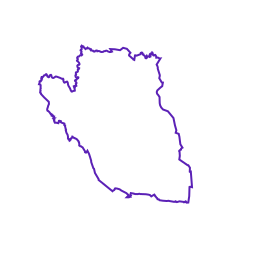 the district of Cutzamala de Pinzón, Guerrero, Mexico, rotated 331°
{"feature_id": "50627088B53912122145635", "entity_name": "Cutzamala de Pinzón", "entity_type": "district", "adm_level": 2, "iso_a3": "MEX", "parent_name": "Mexico", "parent_adm1": "Guerrero", "projection": "natural_earth1", "projection_center": [-100.648, 18.642], "detail": "fine", "context": "isolated", "style": "outline", "palette": "violet", "viewbox_px": 256, "rotation_deg": 331, "n_neighbors": 0, "source": "geoboundaries", "source_scale": "gbopen_adm2", "svg_char_len": 5598}
<svg xmlns="http://www.w3.org/2000/svg" viewBox="0 0 256 256"><g transform="rotate(331 128 128)"><path d="M189.5,82.7L188.3,80.9L186.8,80.2L187.4,79.0L187.3,77.3L186.9,77.1L185.8,77.2L185.5,76.8L185.7,74.8L185.9,73.9L185.8,73.7L184.4,75.2L184.1,74.9L184.0,73.9L183.3,73.9L182.6,74.3L181.9,75.1L182.4,76.2L182.3,76.4L181.3,76.3L181.1,75.4L179.4,75.1L179.4,74.0L178.7,74.4L178.5,75.1L178.5,75.7L177.9,75.9L177.3,75.5L177.2,75.0L177.6,74.8L177.7,73.4L177.0,71.9L177.2,71.2L176.6,70.8L176.8,70.3L176.9,69.8L176.7,69.3L176.9,69.0L176.5,68.6L175.6,68.5L174.7,69.5L170.6,68.9L170.0,68.2L169.3,67.9L166.5,71.5L165.9,70.7L166.0,70.4L165.0,67.8L164.9,67.2L164.3,65.9L164.1,65.1L164.7,64.2L166.6,63.4L165.4,58.2L162.6,55.5L158.8,56.1L154.7,52.8L150.8,50.4L151.0,53.4L149.9,53.2L148.8,52.7L147.5,51.2L147.1,50.4L146.5,49.8L146.2,49.7L145.3,49.7L144.4,49.2L143.0,49.3L141.7,48.7L140.8,47.9L140.6,47.3L139.8,46.5L138.3,46.0L138.3,45.1L137.6,44.8L136.6,44.7L136.0,45.0L135.5,44.8L135.0,44.3L134.9,43.5L134.1,43.0L133.8,42.0L133.2,42.0L133.2,41.8L133.6,41.2L133.1,41.0L133.1,40.3L132.8,40.1L132.6,39.6L131.7,38.8L131.6,38.1L130.8,38.3L130.5,38.5L130.2,38.2L129.1,38.3L129.1,37.8L128.7,37.1L128.8,36.6L128.4,36.0L128.5,35.3L128.2,35.2L128.2,34.6L127.5,34.0L127.4,33.6L127.0,33.8L126.5,33.9L126.4,34.1L126.4,35.3L125.7,36.6L125.1,36.8L124.6,36.7L124.1,37.2L124.1,37.4L124.5,38.1L124.4,38.7L124.0,39.2L123.3,39.6L123.1,39.9L123.6,41.3L123.5,41.7L122.5,42.0L122.0,41.5L121.2,41.2L119.5,41.7L118.6,41.3L117.5,42.0L117.4,42.6L117.6,43.4L117.0,44.0L116.1,44.2L116.0,44.6L116.3,44.8L116.8,47.3L116.6,48.6L116.0,49.0L114.7,48.6L113.9,48.9L113.5,49.8L113.4,50.5L113.4,50.8L114.2,51.8L114.3,52.0L113.3,52.7L112.7,52.5L112.4,52.6L111.5,54.3L110.4,54.4L109.5,54.1L109.3,54.2L108.7,55.3L108.5,56.2L108.3,56.4L107.8,56.3L107.5,56.5L107.0,57.8L107.1,58.6L107.5,59.4L108.1,59.1L108.6,59.1L109.1,59.6L109.0,59.9L108.5,60.3L107.4,60.2L106.0,60.9L105.6,60.9L105.3,60.6L104.7,60.7L104.5,61.4L104.9,62.9L104.8,63.7L104.5,63.9L104.1,63.9L103.7,64.1L103.4,65.8L103.2,66.1L102.2,65.6L101.5,66.4L101.1,65.2L100.8,65.2L100.3,67.9L99.7,69.4L99.5,69.6L98.3,69.1L96.6,69.0L96.3,68.7L96.2,67.2L96.5,65.3L96.4,62.1L96.7,60.6L97.2,59.5L97.3,58.2L97.2,57.9L96.6,57.7L94.5,57.6L94.3,57.4L94.2,57.0L94.3,55.8L94.4,55.3L95.1,54.1L95.1,53.6L95.0,53.3L94.2,53.1L92.7,51.0L90.4,48.4L89.6,47.9L87.8,48.1L86.9,48.0L86.4,47.6L86.1,47.0L86.0,46.1L86.2,45.4L86.5,44.8L86.4,44.2L85.9,44.0L84.8,44.1L83.6,45.2L83.3,45.2L82.7,44.4L82.5,43.8L82.8,41.8L82.6,41.3L82.1,41.2L81.0,41.6L80.1,41.3L78.8,42.0L78.5,42.1L77.4,41.6L77.0,42.6L76.9,42.5L76.9,42.2L76.6,42.1L76.1,42.7L76.2,43.0L75.8,43.4L75.9,44.0L75.7,44.2L74.4,44.8L74.0,44.3L73.2,44.4L72.8,45.3L71.5,46.5L71.9,46.7L71.9,47.1L72.4,47.6L72.1,48.8L71.4,49.7L70.9,51.0L70.6,51.1L69.6,52.5L69.6,53.1L69.2,53.3L68.4,54.2L68.4,54.5L68.6,54.5L68.5,54.8L68.7,55.6L68.4,56.1L69.5,60.6L71.4,66.7L70.5,68.7L68.9,69.9L68.4,70.5L67.2,71.6L66.4,72.4L66.0,73.3L66.0,74.0L66.4,74.3L66.9,75.8L67.1,77.4L67.5,78.3L67.2,78.5L67.7,79.8L67.3,80.1L67.8,80.6L67.5,80.7L67.6,80.9L68.1,81.2L68.3,81.0L68.3,81.3L68.0,81.5L68.0,81.8L68.9,82.2L68.6,82.6L68.4,82.6L68.5,83.1L68.5,83.3L68.2,83.4L68.4,83.6L67.7,83.6L68.0,84.0L67.9,84.4L67.2,84.7L67.4,85.4L66.9,85.7L66.9,86.1L66.7,86.4L66.8,86.8L66.6,87.3L66.7,88.0L66.9,88.0L67.6,88.4L69.4,90.0L70.9,88.4L71.1,88.6L71.6,88.5L72.6,89.5L72.4,89.9L72.2,90.0L72.3,90.4L72.1,90.5L73.1,91.9L74.0,92.6L74.5,93.3L73.7,94.4L74.2,95.2L73.9,95.4L73.5,97.1L73.2,97.9L73.1,98.9L72.9,99.1L72.9,99.5L72.5,99.7L72.5,100.2L72.2,100.8L71.8,102.7L71.9,104.5L71.3,106.5L70.5,107.9L70.7,108.7L70.4,109.1L70.9,110.5L70.8,110.8L71.0,110.8L71.3,110.5L71.9,110.5L72.2,110.3L72.1,109.6L72.8,109.4L73.4,109.5L74.5,109.4L75.1,108.5L75.3,108.6L75.4,109.5L75.8,110.3L76.5,110.8L76.6,111.4L77.5,112.4L77.6,112.8L77.9,113.3L78.0,114.6L78.3,115.0L78.3,115.4L78.1,116.1L78.3,116.7L78.0,117.1L77.9,117.6L77.7,118.3L76.9,119.6L77.1,119.8L77.3,120.7L78.1,121.3L78.3,122.0L78.9,122.9L79.1,127.8L78.7,128.3L79.0,128.9L79.4,129.2L79.7,129.2L81.5,128.2L81.4,131.4L81.2,132.7L79.9,138.9L79.4,139.7L79.2,140.6L78.2,146.4L78.5,147.2L77.3,151.3L77.5,158.4L77.1,159.2L83.8,175.8L84.6,175.5L85.7,175.6L86.7,175.2L87.1,174.6L87.8,174.7L89.1,175.7L90.8,177.4L91.3,178.2L91.8,179.4L95.1,184.3L95.2,185.0L95.9,186.6L95.8,187.2L95.5,187.5L95.2,187.4L93.3,188.0L94.9,188.9L95.9,189.2L96.4,188.9L96.7,189.1L96.7,188.9L97.8,188.5L97.7,188.1L98.1,187.1L98.9,186.3L101.3,188.2L101.3,188.4L102.2,189.2L104.4,190.5L106.0,191.0L106.7,191.7L111.5,194.6L113.7,196.3L114.7,197.3L115.2,199.1L118.7,199.0L118.9,200.2L118.7,200.9L119.0,201.3L119.1,202.7L119.5,203.5L119.3,204.6L120.4,205.4L120.5,206.4L123.1,208.4L126.4,210.6L128.3,211.4L128.4,211.6L132.6,215.0L133.8,215.2L133.9,215.5L134.2,215.4L134.3,215.8L134.8,216.5L137.5,217.1L140.8,219.6L140.9,219.9L141.1,219.8L142.3,220.7L142.6,220.1L142.9,220.1L143.3,221.9L144.0,222.1L144.6,222.4L148.5,217.3L153.2,209.4L153.9,209.5L155.3,210.8L161.8,196.6L160.9,196.4L160.8,196.2L162.9,192.8L162.7,189.8L162.1,189.5L157.6,180.4L159.8,177.5L161.7,173.5L161.5,173.2L161.6,172.9L162.0,172.7L163.0,172.5L163.9,172.6L164.2,172.0L165.2,171.6L166.1,171.6L165.9,167.6L168.7,160.6L169.5,157.7L167.4,155.3L169.2,153.4L170.4,148.3L172.6,141.3L171.0,132.7L167.6,128.8L167.0,126.2L167.1,123.8L167.6,122.1L168.1,121.0L170.6,116.2L170.4,113.7L170.2,113.0L170.1,112.1L170.3,111.1L171.0,110.0L172.0,109.3L175.7,108.4L178.2,108.0L180.5,105.2L179.7,104.7L179.6,104.4L179.5,99.6L181.1,97.8L181.5,96.9L182.8,90.5L183.4,89.5L183.7,88.3L183.8,86.4L190.0,82.9L189.5,82.7Z" fill="none" stroke="#5b21b6" stroke-width="2"/></g></svg>